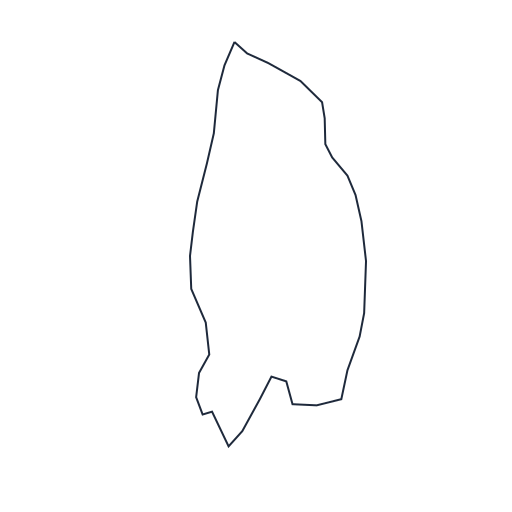 outline of Pano Polemidia, Limassol, Cyprus, rotated 222°
{"feature_id": "46923920B12019442550554", "entity_name": "Pano Polemidia", "entity_type": "district", "adm_level": 2, "iso_a3": "CYP", "parent_name": "Cyprus", "parent_adm1": "Limassol", "projection": "robinson", "projection_center": [32.992, 34.711], "detail": "fine", "context": "isolated", "style": "outline", "palette": "slate", "viewbox_px": 512, "rotation_deg": 222, "n_neighbors": 0, "source": "geoboundaries", "source_scale": "gbopen_adm2", "svg_char_len": 632}
<svg xmlns="http://www.w3.org/2000/svg" viewBox="0 0 512 512"><g transform="rotate(222 256 256)"><path d="M415.2,400.7L407.0,376.6L395.3,353.8L369.4,318.9L354.4,291.9L336.1,257.1L319.2,231.9L305.1,211.9L282.1,188.2L248.8,172.9L224.8,151.5L220.1,131.0L206.0,111.0L189.6,102.5L184.5,110.9L149.0,96.2L149.0,116.7L157.4,152.4L163.8,176.7L149.6,183.1L129.7,170.3L111.0,185.6L96.8,206.7L111.6,232.3L125.1,265.5L137.4,285.9L170.8,325.8L200.9,352.4L222.8,367.9L241.8,376.9L265.3,380.2L279.3,385.5L297.1,404.3L309.8,414.5L340.0,415.8L375.9,407.6L398.1,400.6L415.1,400.6L415.2,400.7Z" fill="none" stroke="#1e293b" stroke-width="2"/></g></svg>